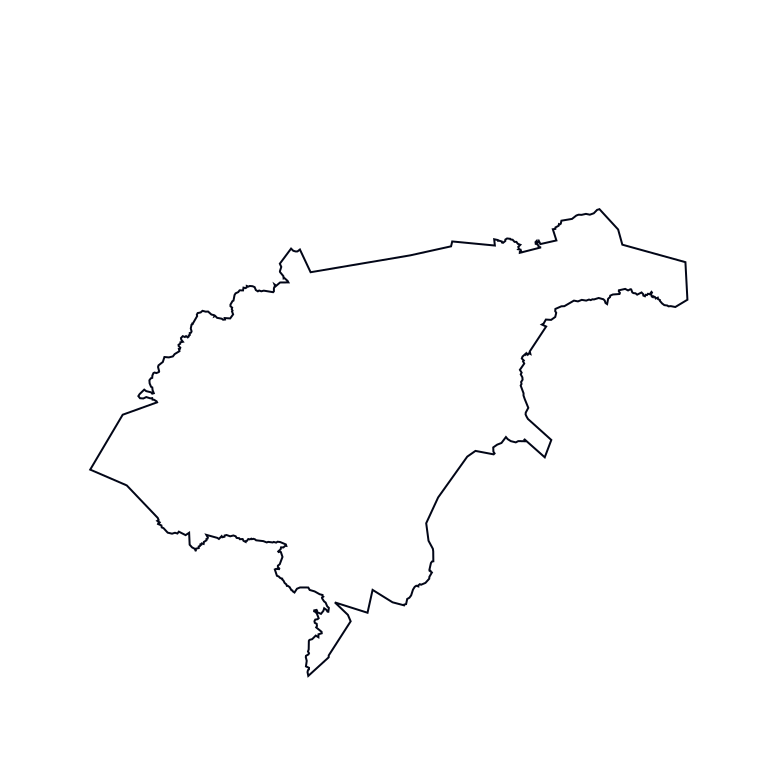 Ocampo, Chihuahua, Mexico (Natural Earth projection), rotated 307°
{"feature_id": "50627088B44718713830957", "entity_name": "Ocampo", "entity_type": "district", "adm_level": 2, "iso_a3": "MEX", "parent_name": "Mexico", "parent_adm1": "Chihuahua", "projection": "natural_earth1", "projection_center": [-108.229, 28.145], "detail": "fine", "context": "isolated", "style": "outline", "palette": "ink", "viewbox_px": 768, "rotation_deg": 307, "n_neighbors": 0, "source": "geoboundaries", "source_scale": "gbopen_adm2", "svg_char_len": 6166}
<svg xmlns="http://www.w3.org/2000/svg" viewBox="0 0 768 768"><g transform="rotate(307 384 384)"><path d="M620.8,570.3L633.9,575.6L662.7,551.4L638.7,490.5L648.3,478.0L653.3,450.8L651.3,449.4L646.6,448.8L643.1,446.5L641.4,442.9L638.0,440.0L636.3,437.5L634.3,436.2L629.0,434.8L621.2,427.4L618.4,428.7L617.2,428.3L617.0,427.5L615.4,428.2L612.2,426.7L611.0,427.5L609.2,425.7L602.4,435.3L589.9,424.7L591.5,421.5L589.4,421.7L589.1,420.8L590.1,419.8L588.5,419.6L587.3,420.8L587.7,421.2L587.6,424.0L586.5,424.9L587.6,427.2L570.5,413.5L571.4,412.9L572.7,413.4L573.5,412.2L572.5,410.3L573.2,410.4L574.3,408.7L577.2,409.1L576.5,406.4L577.2,404.2L576.1,402.7L576.6,399.9L575.6,398.0L575.9,397.4L574.3,394.7L572.4,394.0L571.2,394.8L568.4,394.1L568.0,393.1L568.7,392.4L567.8,389.8L567.0,388.9L567.5,388.3L565.9,384.9L561.3,389.2L538.9,352.7L534.3,354.7L502.6,327.6L429.1,258.1L440.8,235.9L437.8,235.1L436.7,233.7L435.8,231.4L436.2,228.3L417.4,228.4L415.7,231.5L411.4,233.0L410.8,233.7L409.6,238.7L408.0,240.2L408.7,240.5L408.3,245.0L407.6,246.5L402.5,239.9L396.7,238.6L397.6,237.4L397.6,236.7L396.9,237.8L394.3,238.4L391.7,240.3L390.6,240.2L386.2,231.8L384.2,230.2L383.5,228.0L382.1,227.5L381.9,225.1L383.5,222.4L383.0,220.2L381.5,217.8L380.2,217.1L379.7,215.4L378.6,216.2L377.3,215.8L376.4,213.8L373.9,215.1L371.9,212.3L369.7,212.3L367.1,210.9L365.1,211.1L360.0,213.6L359.0,213.1L355.0,213.6L353.7,214.6L353.6,216.8L352.2,217.3L351.4,218.9L350.5,218.9L348.8,221.6L343.8,221.7L340.8,217.1L339.8,218.2L338.5,216.8L338.5,215.1L336.4,210.9L336.8,208.2L336.0,207.8L336.7,207.6L336.7,206.8L335.6,204.4L336.0,199.9L334.5,198.1L333.2,195.0L330.8,194.5L328.5,192.5L326.7,192.8L325.8,193.9L317.6,194.9L317.0,194.5L316.5,195.1L315.5,194.6L312.0,196.3L310.3,198.6L309.0,199.0L307.8,198.2L306.3,199.4L305.3,198.8L304.4,199.5L303.1,199.2L303.1,197.1L301.7,196.7L301.1,194.5L298.5,194.2L297.4,195.4L296.7,198.0L294.8,196.3L293.5,197.0L291.7,196.3L290.8,197.1L290.4,199.5L288.9,199.9L288.5,199.2L287.1,200.9L281.9,198.8L279.0,198.8L275.8,196.2L273.4,192.4L268.5,194.1L263.2,192.7L261.6,193.3L258.8,196.8L258.0,197.0L255.7,195.6L255.1,193.9L254.0,193.3L251.4,193.9L249.4,195.2L248.3,194.4L245.8,194.4L243.5,196.4L241.6,199.6L241.8,201.0L239.8,202.9L238.1,205.7L236.8,204.7L237.2,203.0L235.2,198.4L235.2,195.9L228.9,194.9L226.5,195.1L225.8,197.7L227.6,200.5L230.5,202.0L231.9,206.0L233.2,207.4L232.2,208.5L233.0,209.8L233.3,212.8L232.8,213.8L202.2,193.8L138.8,200.9L148.2,239.6L140.9,283.9L139.8,285.8L138.3,285.3L138.5,288.2L137.6,288.2L137.4,287.5L136.2,287.8L137.1,291.3L135.7,292.8L136.2,294.6L135.1,300.7L136.9,304.8L139.4,306.6L140.3,309.0L142.6,309.0L143.9,316.5L147.9,317.9L138.7,325.5L138.0,329.0L138.5,332.0L137.2,334.4L139.2,332.8L141.5,334.8L142.7,333.8L143.9,334.5L145.5,333.9L145.8,334.8L147.0,334.4L147.7,336.2L149.5,335.2L152.3,336.3L153.3,335.5L154.2,336.1L155.3,335.8L156.6,332.9L160.8,343.5L160.9,345.4L164.8,345.9L164.3,347.1L166.0,348.5L167.1,347.9L168.6,349.1L169.8,352.8L172.4,354.9L173.1,357.2L172.4,358.9L173.7,361.2L173.3,362.3L175.1,364.4L174.2,366.2L174.6,368.6L175.4,368.2L176.1,368.9L178.5,368.9L179.1,370.3L180.6,371.1L180.5,371.8L181.8,372.9L182.3,374.5L182.2,375.9L185.9,382.2L186.9,385.7L188.2,386.5L190.5,390.5L191.5,391.0L192.4,393.3L194.0,393.9L195.3,396.2L196.8,402.2L195.9,403.4L195.4,402.5L192.9,402.0L191.6,400.1L189.7,400.9L186.6,400.3L186.4,401.0L187.3,401.6L187.7,402.8L184.8,407.0L177.3,409.2L175.1,408.6L173.9,409.4L173.6,411.4L173.0,411.6L171.3,409.0L170.2,408.4L166.4,413.9L166.9,415.7L166.6,418.0L167.3,419.8L166.7,420.2L166.5,422.0L165.3,424.4L165.2,426.6L164.3,427.9L164.9,428.7L165.0,430.8L163.6,434.2L164.0,435.0L163.5,436.1L163.6,438.0L168.1,437.7L171.0,439.4L175.9,446.0L174.8,448.6L176.6,453.4L177.4,459.2L178.5,461.8L177.8,462.2L177.6,463.5L176.0,463.1L175.5,463.7L174.3,467.0L174.3,468.9L172.3,472.4L172.0,474.7L168.6,476.6L168.2,475.9L169.0,473.8L168.9,471.2L166.4,472.1L162.5,472.0L161.4,467.2L162.6,467.0L163.0,466.1L161.2,464.5L160.4,465.0L160.7,466.6L160.2,468.6L157.6,472.8L156.2,472.5L154.5,470.9L152.7,471.2L151.6,472.5L152.0,474.5L150.4,476.1L148.8,476.3L148.5,483.3L147.4,484.3L144.7,482.3L142.3,484.0L142.0,480.9L137.0,480.2L134.8,478.5L133.6,478.6L126.7,483.6L124.6,484.3L123.9,486.1L122.6,486.4L120.0,485.3L118.8,485.9L116.4,488.9L111.5,491.6L112.2,494.9L110.9,495.8L109.7,495.5L107.9,496.3L105.3,499.2L132.4,504.3L134.0,503.2L174.4,500.2L177.9,494.1L180.0,476.2L191.4,508.5L212.7,498.8L214.8,522.2L219.3,533.2L220.0,532.9L221.5,534.1L226.3,531.9L228.6,532.9L231.5,532.9L237.2,530.9L240.5,530.6L242.3,531.2L243.0,533.2L243.8,532.6L245.7,533.1L246.0,534.4L250.1,536.8L255.7,537.3L257.3,536.3L262.3,535.7L262.3,533.1L262.8,533.2L262.9,532.1L269.3,529.2L271.2,529.2L272.1,530.1L280.0,524.0L281.8,522.2L285.6,513.9L298.2,501.5L326.0,495.5L376.1,494.2L385.6,497.3L393.8,513.9L395.1,514.1L395.8,512.1L399.1,509.4L403.7,510.9L407.6,513.3L415.0,513.3L414.4,515.9L414.7,519.7L416.7,524.4L419.2,525.6L423.3,531.3L424.4,528.9L422.2,556.5L440.0,551.3L442.7,520.0L443.8,517.4L444.9,515.4L446.5,514.4L451.8,513.6L456.7,505.4L458.8,502.3L460.6,501.0L465.0,494.1L466.8,493.8L468.1,492.3L470.8,492.1L472.6,490.5L474.0,487.4L475.9,487.1L477.1,484.0L484.7,483.7L485.8,481.4L486.9,481.5L487.3,478.7L489.3,478.1L493.8,479.0L493.1,479.7L494.2,480.0L493.9,481.2L495.8,481.3L496.1,482.8L497.7,480.8L527.5,478.9L526.5,474.3L528.4,475.1L532.9,474.5L535.8,478.9L540.6,480.4L544.5,478.7L545.2,476.9L547.1,475.7L552.8,478.9L554.7,481.2L564.9,485.5L566.7,489.2L570.2,491.3L572.3,495.3L574.8,496.9L575.4,498.6L577.1,499.5L577.9,500.8L581.9,503.7L583.7,508.2L583.5,510.0L582.0,512.2L582.1,514.1L587.0,511.7L589.4,512.2L590.7,511.5L593.2,512.9L597.6,517.9L598.7,517.6L599.3,515.8L600.2,515.2L605.1,519.4L605.6,522.6L607.9,523.7L608.3,524.5L606.6,527.2L606.7,528.5L607.8,530.3L607.7,532.4L612.1,534.6L611.7,537.0L610.7,537.9L611.1,539.6L612.7,539.3L613.3,540.5L614.9,540.5L615.6,542.2L618.5,542.2L618.3,543.0L616.6,543.1L615.0,545.2L615.2,546.5L616.1,546.3L616.5,548.2L615.8,549.5L617.7,550.7L616.7,551.8L617.1,553.8L616.4,554.4L615.7,557.6L615.7,560.4L617.2,563.1L617.2,564.4L618.8,566.2L620.8,570.3Z" fill="none" stroke="#020617" stroke-width="2"/></g></svg>